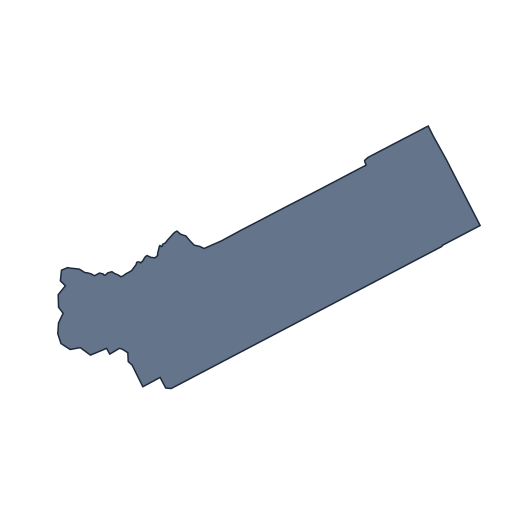 San Miguel, Colorado, United States of America (orthographic projection), rotated 152°
{"feature_id": "52423323B46941979190564", "entity_name": "San Miguel", "entity_type": "district", "adm_level": 2, "iso_a3": "USA", "parent_name": "United States of America", "parent_adm1": "Colorado", "projection": "orthographic", "projection_center": [-108.277, 37.965], "detail": "fine", "context": "isolated", "style": "filled", "palette": "slate", "viewbox_px": 512, "rotation_deg": 152, "n_neighbors": 0, "source": "geoboundaries", "source_scale": "gbopen_adm2", "svg_char_len": 1637}
<svg xmlns="http://www.w3.org/2000/svg" viewBox="0 0 512 512"><g transform="rotate(152 256 256)"><path d="M42.9,289.9L46.5,290.0L54.0,290.0L61.2,290.1L65.7,290.1L70.1,290.2L78.7,290.2L82.6,290.3L87.8,290.3L89.7,290.3L91.4,290.3L92.7,290.3L93.6,290.4L97.2,290.4L101.6,290.4L110.7,290.5L115.2,289.4L115.9,287.3L115.8,286.2L116.3,284.5L121.6,284.6L132.5,284.7L142.3,284.7L155.0,284.8L171.0,284.9L181.0,285.0L202.2,285.3L222.7,285.5L241.0,285.6L257.2,285.8L263.2,285.7L271.2,285.7L279.2,285.6L298.3,287.0L301.2,290.9L305.4,294.5L306.7,298.7L307.8,303.1L308.5,306.7L309.9,308.0L311.3,309.5L312.4,310.7L313.7,314.2L314.1,315.1L316.2,315.1L318.7,314.5L323.2,312.8L326.9,311.5L329.6,310.2L333.1,310.1L333.8,309.0L334.7,308.6L335.3,308.8L335.5,309.7L335.9,310.3L336.8,309.9L338.8,307.6L341.5,304.7L342.5,302.7L345.9,301.8L349.2,303.9L351.4,306.7L351.9,307.5L353.8,307.4L355.6,306.5L358.1,304.9L361.0,304.0L361.4,305.1L362.8,306.1L364.3,306.4L366.0,304.6L369.7,302.9L372.7,301.5L376.7,301.3L379.4,301.4L381.9,300.9L384.9,301.0L386.8,304.2L389.0,306.8L390.6,309.8L394.8,310.7L397.1,310.0L399.1,310.2L399.5,312.1L402.2,314.4L407.9,314.4L410.1,317.8L412.1,319.7L415.0,321.9L418.1,327.3L421.8,329.9L425.7,332.5L427.8,334.2L434.4,334.8L440.4,325.9L438.3,319.2L448.8,314.7L454.4,303.5L453.2,296.0L461.8,289.6L467.5,280.4L469.3,270.3L464.0,260.7L454.2,257.6L448.7,246.2L431.3,244.6L431.2,238.0L420.1,238.6L418.0,236.8L414.6,230.8L418.4,222.7L416.6,217.8L417.3,193.7L397.7,193.8L397.7,181.8L393.1,178.8L87.6,177.2L86.3,177.9L43.8,177.7L42.9,241.1L42.9,242.1L42.7,251.5L43.2,279.2L42.9,289.9Z" fill="#64748b" stroke="#1e293b" stroke-width="1.5"/></g></svg>